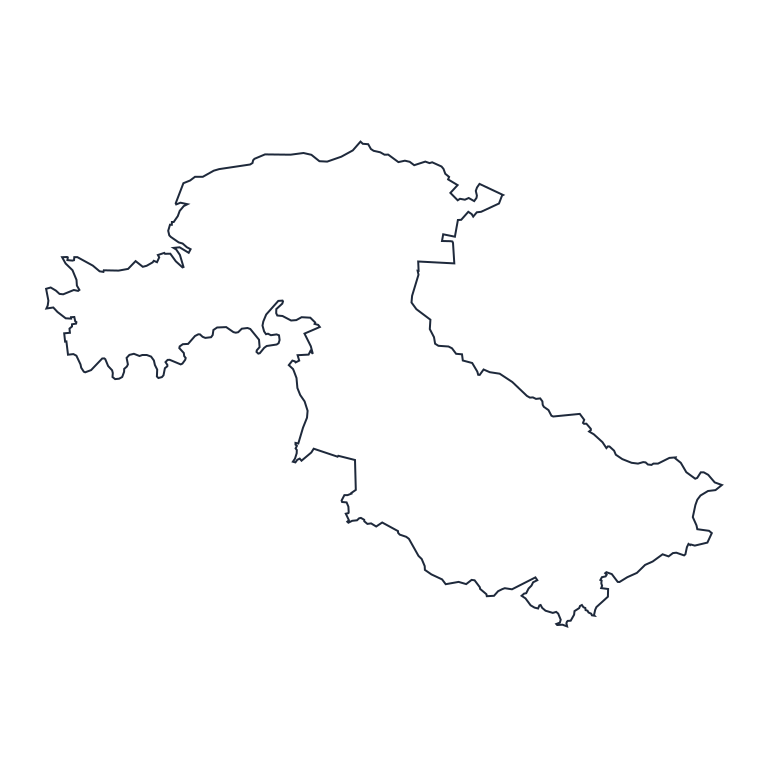 Fantanele, Mures, Romania (Natural Earth projection)
{"feature_id": "2599482B76650744260524", "entity_name": "Fantanele", "entity_type": "district", "adm_level": 2, "iso_a3": "ROU", "parent_name": "Romania", "parent_adm1": "Mures", "projection": "natural_earth1", "projection_center": [24.794, 46.398], "detail": "fine", "context": "isolated", "style": "outline", "palette": "slate", "viewbox_px": 768, "rotation_deg": 0, "n_neighbors": 0, "source": "geoboundaries", "source_scale": "gbopen_adm2", "svg_char_len": 6078}
<svg xmlns="http://www.w3.org/2000/svg" viewBox="0 0 768 768"><path d="M594.5,615.7L594.0,615.1L595.2,609.8L596.4,607.1L607.9,596.7L608.1,589.0L601.2,588.1L602.1,585.8L601.3,583.3L601.6,580.6L600.4,580.0L601.9,577.2L605.6,576.4L606.7,574.7L605.2,573.2L606.4,572.2L611.8,574.1L617.7,581.9L619.5,582.0L627.3,577.2L636.9,572.9L645.1,564.9L652.7,561.5L662.6,554.3L668.6,556.4L672.9,553.1L676.3,552.7L684.1,555.4L685.4,554.3L686.9,547.2L688.5,543.9L690.2,545.1L690.8,544.5L694.8,545.6L707.4,542.6L711.8,533.1L709.0,530.8L697.3,529.2L696.5,525.4L692.8,517.1L695.4,505.0L697.3,499.7L700.5,495.5L708.0,491.0L715.5,490.1L721.9,485.0L714.7,482.4L708.2,474.8L703.7,472.3L700.8,472.3L697.2,477.9L695.2,478.7L686.3,472.2L680.8,462.8L675.3,458.4L675.7,457.4L669.4,457.9L658.0,463.6L653.4,463.6L651.5,464.9L647.9,464.5L645.6,462.4L643.2,462.1L638.0,463.6L631.6,462.8L622.3,459.1L615.8,454.7L614.1,450.7L609.5,446.5L607.9,446.4L606.4,448.1L602.5,442.2L593.8,434.3L589.1,431.5L590.9,430.0L590.8,428.8L586.4,423.7L584.0,423.8L583.0,422.9L584.2,419.8L579.8,413.9L553.2,416.5L551.4,415.7L548.5,410.1L543.8,406.8L542.7,404.8L542.4,401.4L540.2,398.4L536.0,398.9L532.9,397.4L529.9,397.6L526.9,395.9L512.3,382.0L499.7,373.7L489.8,372.2L483.6,369.5L479.7,374.9L478.2,374.8L477.3,371.6L472.2,363.0L462.8,360.5L462.0,354.3L456.1,353.8L452.0,348.3L448.5,346.5L438.4,345.8L435.1,343.7L434.0,337.2L429.8,329.1L430.4,319.7L416.4,309.2L411.5,302.5L412.1,295.8L418.5,274.7L417.6,270.7L418.6,270.8L418.2,261.5L454.3,263.4L453.0,242.9L452.4,241.5L450.7,241.2L442.0,241.0L443.2,234.3L454.9,236.7L457.9,220.0L461.2,219.8L468.3,211.8L471.7,214.1L473.2,216.6L476.8,212.3L481.1,211.8L499.0,203.5L502.0,195.6L503.1,195.0L479.5,183.9L477.0,187.5L475.8,190.9L476.9,195.6L476.5,197.9L474.2,201.1L468.7,198.0L464.9,199.7L460.0,198.8L457.7,200.3L450.4,192.9L457.6,185.1L448.1,179.4L449.1,176.9L445.3,173.8L443.5,168.9L441.5,166.5L432.2,162.3L429.5,163.1L425.3,161.6L414.2,165.2L409.7,161.8L404.9,160.7L398.4,162.1L388.2,154.6L384.5,154.7L380.3,152.3L373.6,150.8L370.9,149.0L368.2,144.2L362.8,143.8L360.5,141.6L352.8,150.4L341.3,156.7L327.2,161.6L319.4,161.2L311.4,154.8L303.5,153.0L290.5,154.7L265.0,154.4L254.5,158.8L253.1,160.3L252.5,163.0L250.1,164.5L219.2,169.1L213.7,170.7L202.8,176.8L195.0,176.8L190.1,180.5L183.4,183.2L175.7,203.3L176.2,204.4L180.5,202.7L187.5,204.2L183.7,206.1L179.7,210.9L177.8,216.1L173.7,222.0L171.9,222.0L171.8,224.8L170.0,224.7L168.2,230.8L169.3,235.4L170.9,237.0L178.7,242.4L182.6,243.5L186.8,247.2L190.6,249.2L188.7,252.8L179.6,247.3L173.6,247.9L176.2,249.5L179.9,254.9L183.5,267.0L182.5,267.4L175.8,261.3L170.3,253.7L165.0,253.8L164.3,252.9L157.9,255.0L159.2,257.4L157.0,262.2L153.8,260.8L152.6,262.4L146.6,265.8L142.8,266.8L135.6,261.1L128.1,268.9L118.6,270.6L103.8,270.3L103.4,271.9L99.6,271.3L92.8,265.6L77.3,257.1L74.3,257.1L74.0,260.2L72.4,260.6L67.4,260.1L67.8,257.4L67.1,257.0L62.1,257.2L65.6,263.5L72.5,270.2L76.5,279.9L76.9,285.6L79.4,289.9L78.1,290.9L73.8,290.0L63.2,294.3L59.5,293.9L55.9,290.6L50.7,287.5L46.1,288.8L48.4,300.7L47.7,305.6L46.4,308.5L53.3,307.5L57.5,312.0L65.7,318.3L71.1,318.6L71.0,317.2L74.3,317.0L75.2,321.2L76.4,322.1L76.1,323.6L72.0,324.3L72.0,326.5L69.5,328.6L69.9,332.8L64.2,333.3L65.1,341.6L66.4,341.4L68.0,354.7L73.4,354.1L76.4,355.7L80.5,364.4L81.2,367.7L83.8,371.7L85.2,372.3L91.1,370.1L102.2,358.5L104.3,358.4L105.3,359.2L108.1,366.0L112.1,370.3L112.8,373.0L112.5,377.0L115.1,379.1L119.1,378.7L122.2,377.0L124.1,371.8L124.2,368.9L126.9,366.5L127.9,364.4L126.6,357.9L129.4,354.9L133.9,353.8L139.5,356.0L142.3,355.0L146.8,355.0L151.1,356.6L153.9,360.5L154.9,365.0L157.2,369.6L156.9,376.5L158.4,378.0L161.9,377.1L163.5,375.3L164.9,368.2L167.3,366.3L167.4,365.0L165.5,362.1L167.6,359.9L169.7,359.8L180.7,364.4L182.4,363.6L185.2,359.8L185.7,358.0L184.2,356.1L183.8,353.0L179.3,348.1L179.7,346.4L182.8,344.2L188.1,343.9L195.0,336.0L198.3,334.3L200.0,334.4L202.6,336.8L205.3,337.9L211.1,337.2L212.7,335.0L213.4,330.0L217.1,327.5L226.2,327.1L233.4,332.1L235.8,332.7L238.2,332.2L241.8,328.7L247.5,328.0L250.3,329.0L259.0,339.7L259.6,347.1L256.8,350.3L256.5,351.9L258.3,353.6L259.8,353.2L264.2,347.8L266.7,346.0L276.7,344.5L278.6,343.2L279.6,340.0L279.0,335.3L276.6,334.4L270.9,335.2L268.0,333.7L266.0,334.2L264.1,331.4L262.5,325.6L263.3,321.5L266.2,314.5L278.3,300.9L282.5,300.6L283.0,301.4L282.3,303.6L276.3,309.1L276.2,313.2L277.3,315.5L282.5,316.0L291.1,320.5L296.3,320.1L301.6,317.2L310.3,317.7L315.2,322.5L314.6,323.9L318.2,324.9L319.8,327.0L304.5,333.6L310.8,346.2L312.8,353.8L310.4,351.0L308.6,354.6L297.6,355.2L299.2,360.6L295.6,362.4L294.8,361.3L292.4,360.6L288.8,365.1L293.0,369.0L293.8,370.8L296.5,378.0L297.4,388.0L300.2,395.0L304.6,401.4L307.6,410.8L307.0,417.7L303.0,427.7L298.3,443.5L295.5,442.9L295.5,444.6L296.9,445.9L295.6,448.4L296.8,450.0L296.7,453.2L295.0,458.6L292.9,461.7L295.4,462.4L297.3,459.8L299.7,458.6L301.5,460.7L311.3,452.5L313.7,448.7L337.6,456.7L338.3,455.8L355.0,460.0L355.8,489.9L351.3,493.0L351.5,493.6L347.6,495.1L344.4,495.1L341.6,500.5L342.1,502.0L346.6,502.4L348.4,506.7L348.7,512.2L348.4,513.1L345.8,513.7L348.9,520.2L347.3,521.7L348.4,522.7L352.2,520.8L357.0,520.3L359.1,518.3L360.9,517.9L364.2,519.8L364.3,521.3L367.4,523.9L371.1,523.4L376.2,526.5L382.2,522.5L398.0,531.1L398.1,532.8L399.7,534.6L406.2,536.8L408.9,538.8L418.5,555.9L421.7,559.0L424.7,566.1L424.9,569.9L431.4,574.4L442.1,579.4L445.7,584.2L458.6,581.9L466.2,584.1L471.6,579.9L474.6,580.3L479.8,587.2L480.1,588.9L486.4,594.2L486.8,596.2L494.0,595.8L498.1,591.2L502.3,589.1L504.8,588.2L512.0,589.3L535.4,577.4L537.3,580.2L533.1,582.3L531.5,585.6L528.6,588.5L526.2,593.2L524.1,593.6L521.6,595.8L525.5,598.4L530.6,605.3L534.5,607.6L538.1,608.5L539.4,605.4L540.6,605.0L542.2,607.9L545.5,610.7L552.8,612.9L556.2,611.9L558.2,613.6L560.7,619.7L559.9,622.6L556.3,624.0L557.2,625.0L562.5,624.7L567.1,626.4L566.4,623.3L566.9,621.8L567.7,620.9L570.7,620.7L574.1,614.7L574.5,611.1L579.2,608.1L580.0,606.0L581.9,605.0L583.4,607.2L585.3,608.0L585.6,610.1L587.5,610.7L588.5,612.5L591.2,613.7L591.9,615.3L594.5,615.7Z" fill="none" stroke="#1e293b" stroke-width="2"/></svg>